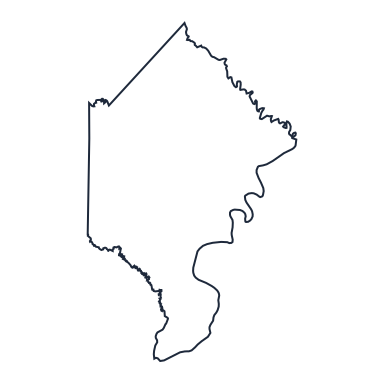 Bermejo, Chaco, Argentina (Natural Earth projection)
{"feature_id": "61730980B13060120877983", "entity_name": "Bermejo", "entity_type": "district", "adm_level": 2, "iso_a3": "ARG", "parent_name": "Argentina", "parent_adm1": "Chaco", "projection": "natural_earth1", "projection_center": [-58.71, -26.994], "detail": "fine", "context": "isolated", "style": "outline", "palette": "slate", "viewbox_px": 384, "rotation_deg": 0, "n_neighbors": 0, "source": "geoboundaries", "source_scale": "gbopen_adm2", "svg_char_len": 6006}
<svg xmlns="http://www.w3.org/2000/svg" viewBox="0 0 384 384"><path d="M184.5,23.0L108.9,105.5L107.3,101.4L106.9,100.8L106.3,100.8L106.1,100.2L105.8,100.1L105.4,102.2L104.1,103.3L104.0,100.1L102.7,98.8L102.0,98.8L101.5,99.3L101.8,100.0L102.9,100.7L101.8,101.5L101.3,101.5L100.9,100.3L100.4,99.9L97.3,100.0L96.3,100.3L95.9,101.5L96.2,102.7L94.9,103.1L94.0,103.9L93.9,105.2L94.3,106.3L93.3,106.4L92.1,106.0L89.1,103.0L89.3,138.7L87.7,234.3L88.1,234.5L88.1,235.0L87.8,235.8L90.7,238.3L90.9,239.4L89.9,241.1L90.1,241.8L91.0,241.3L91.4,241.5L92.3,242.8L92.6,244.1L93.2,244.3L94.5,246.6L94.4,245.0L94.7,245.0L95.9,246.7L98.8,247.3L99.0,248.2L99.6,248.9L101.4,250.0L103.2,249.4L103.3,248.3L104.9,247.7L105.7,247.8L106.4,248.2L106.8,249.1L108.0,249.8L108.1,250.7L108.4,250.8L109.0,249.9L109.8,249.6L112.7,251.0L112.7,249.4L113.7,248.7L113.5,247.5L114.5,247.0L116.7,247.4L117.5,246.8L118.9,246.4L119.3,247.0L119.3,248.6L120.4,247.9L120.9,248.6L120.5,250.1L120.0,253.0L119.1,254.1L119.0,255.3L119.9,255.6L120.2,255.5L120.7,254.4L121.6,254.7L121.9,254.2L122.1,254.3L121.8,255.1L120.9,255.1L120.6,255.9L121.7,257.2L122.4,257.2L123.0,256.0L124.2,256.3L124.0,257.1L123.0,259.0L123.7,259.3L124.5,258.4L124.7,258.5L124.9,258.8L124.8,259.8L125.9,261.2L126.3,261.1L126.5,260.7L126.8,260.9L127.2,262.0L127.5,262.0L129.0,263.4L130.7,265.4L131.2,266.7L132.2,267.6L132.6,267.1L133.2,267.0L133.2,266.6L134.1,265.9L134.2,266.5L134.5,266.1L135.8,266.5L135.1,267.1L135.5,268.1L135.9,268.0L136.0,267.4L136.8,267.5L136.5,268.1L137.3,268.2L137.4,268.9L138.0,269.1L137.8,270.1L138.1,270.6L138.8,270.6L139.2,270.0L139.1,269.2L139.6,268.8L139.8,269.0L140.2,270.4L140.9,270.7L140.8,271.5L141.6,271.9L141.4,272.9L142.5,273.0L142.2,274.0L142.8,274.2L142.9,273.7L143.5,273.6L143.7,274.0L144.2,274.1L143.6,274.6L143.7,275.3L144.4,275.4L145.4,274.4L145.3,273.6L145.7,273.8L146.2,273.5L146.5,274.1L146.1,274.6L146.3,275.2L146.0,275.5L145.8,276.6L145.4,277.5L146.2,277.7L146.6,276.6L146.9,277.2L147.4,277.0L148.6,277.4L148.9,276.8L149.4,277.5L148.9,278.3L148.9,279.2L147.1,279.5L147.4,280.1L147.1,280.6L147.7,280.7L148.2,281.4L148.2,282.0L149.0,282.5L149.0,282.8L149.9,282.7L150.3,283.2L150.1,283.8L150.4,284.0L150.6,284.9L151.3,285.0L151.5,285.6L152.2,289.7L152.5,289.8L152.9,289.5L153.4,289.5L153.7,291.0L155.3,291.4L159.2,290.9L159.5,289.9L160.2,290.3L160.3,290.0L161.4,290.0L161.5,291.1L160.7,291.7L160.4,292.8L159.7,292.8L159.6,293.8L158.7,294.2L158.8,294.9L159.7,294.4L160.7,294.5L160.5,296.8L160.9,297.7L160.5,297.9L160.5,298.8L159.8,298.8L160.3,299.5L159.0,301.6L159.3,301.8L159.9,301.7L160.0,302.5L159.6,303.1L159.9,303.5L160.4,303.3L160.5,303.7L161.0,304.0L160.5,304.9L160.7,305.3L160.4,305.8L160.5,306.3L161.1,305.9L162.0,306.6L162.1,307.3L161.4,308.4L161.0,309.5L161.4,310.7L161.8,310.9L161.8,309.3L162.4,308.8L162.6,310.2L163.1,310.6L163.6,310.5L164.5,311.3L164.8,316.1L167.6,317.8L168.0,318.7L166.1,323.7L165.5,324.1L163.8,327.9L162.9,329.2L162.5,329.7L157.5,332.4L156.5,333.9L155.7,336.2L155.8,337.9L157.1,340.3L157.2,342.3L155.3,345.5L154.1,350.8L153.8,354.2L154.3,358.7L155.9,357.8L157.7,358.3L160.2,361.0L164.1,360.4L180.1,352.3L184.9,351.4L189.0,351.3L191.6,350.4L195.1,347.3L197.7,344.5L201.8,341.1L207.9,336.8L210.4,332.9L209.5,329.0L209.5,327.1L210.5,324.7L213.1,320.7L213.5,317.4L214.3,315.1L216.3,312.6L217.6,310.2L218.7,306.6L218.8,303.9L218.3,300.2L219.2,295.6L219.0,294.0L218.5,292.5L217.2,290.5L214.3,287.8L211.7,286.0L206.1,282.9L198.6,279.8L195.7,277.6L194.2,275.6L193.3,272.8L193.1,270.8L193.3,267.6L197.5,251.4L199.6,248.7L203.0,245.8L207.1,244.1L212.7,242.8L221.2,241.9L227.3,242.2L229.3,243.1L231.4,242.9L232.5,242.0L232.7,239.7L231.7,235.0L231.6,232.9L232.6,227.3L232.8,222.6L232.5,220.0L230.4,216.3L230.0,214.9L230.0,212.6L230.8,211.1L233.2,209.9L234.7,209.6L240.0,210.0L242.5,211.0L244.5,212.8L245.3,214.2L245.7,216.3L245.1,218.8L245.4,221.6L246.0,222.0L248.1,221.8L250.0,220.6L251.4,219.1L252.6,216.5L252.7,214.3L252.1,211.3L251.2,209.4L246.5,202.5L245.3,199.9L244.9,196.6L245.2,195.7L248.5,193.6L251.6,193.1L253.7,193.3L256.7,194.6L259.4,196.7L260.2,197.1L262.0,196.5L262.7,195.8L263.0,194.8L263.7,191.1L263.3,188.1L261.0,182.7L258.6,178.0L256.6,172.8L256.6,170.0L257.9,166.8L258.9,166.1L263.0,165.4L266.7,164.3L272.7,161.0L284.0,153.1L292.0,149.2L293.6,148.1L295.2,146.3L295.6,145.3L296.3,139.5L292.2,138.1L292.1,137.3L292.9,136.8L294.3,136.3L295.5,135.2L295.8,133.3L295.4,132.6L294.2,132.8L293.4,133.3L292.9,133.8L292.4,135.4L291.8,135.9L290.9,135.7L290.3,134.9L289.4,134.4L289.0,133.4L289.1,132.0L290.3,130.0L290.7,126.5L289.6,123.6L287.9,121.7L286.9,121.4L286.5,122.5L286.4,125.3L286.6,126.7L286.5,127.9L285.7,128.0L283.6,127.2L283.1,126.6L284.0,125.3L284.9,124.7L285.3,123.9L284.8,123.0L283.8,122.4L282.5,122.2L280.1,123.4L279.5,123.2L278.9,122.2L278.6,119.6L278.2,118.9L273.8,120.5L271.5,122.0L271.0,121.0L270.8,119.2L271.9,116.1L271.2,116.0L269.5,116.4L267.0,115.7L261.8,119.1L260.2,118.8L259.8,118.1L261.3,112.9L262.4,110.9L263.5,109.5L263.9,108.3L262.7,108.1L261.7,108.3L259.5,109.2L259.0,109.7L258.9,111.4L258.3,111.4L257.4,110.8L256.9,109.5L256.7,107.9L256.8,101.4L255.9,100.4L255.2,101.1L255.0,101.7L255.3,102.6L255.0,103.7L254.3,104.1L253.1,103.5L249.6,96.5L249.9,95.1L252.5,93.0L252.7,92.3L252.4,91.5L251.6,91.4L249.1,92.9L246.6,93.5L246.0,90.7L244.6,89.5L243.4,89.4L240.4,89.9L240.1,89.1L240.7,84.7L240.6,82.4L239.9,81.4L238.0,81.4L237.3,81.8L236.8,84.3L237.0,86.4L236.6,86.9L235.9,87.2L234.4,86.0L232.4,82.2L231.4,77.4L230.3,77.1L228.4,78.4L227.4,76.8L227.2,71.4L226.1,68.3L226.1,67.4L226.9,66.4L226.5,65.4L225.3,64.8L224.8,64.2L224.6,63.4L224.5,62.7L226.3,59.4L225.7,58.8L223.6,58.7L219.8,60.0L218.5,59.8L214.1,57.2L212.4,56.8L211.1,55.7L208.2,50.7L206.2,48.5L204.0,47.4L202.6,47.4L201.6,46.7L201.2,45.6L197.2,47.3L195.8,45.7L194.8,45.0L194.7,44.3L194.9,43.4L194.4,42.7L192.2,41.2L190.5,41.1L189.6,39.8L188.0,40.1L187.0,39.9L187.5,38.3L188.5,37.0L188.7,36.4L186.9,35.3L186.3,33.9L186.0,32.0L186.9,29.1L186.6,27.8L185.5,25.8L184.5,23.0Z" fill="none" stroke="#1e293b" stroke-width="2"/></svg>